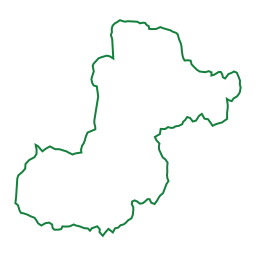 Carmo do Rio Verde, Goiás, Brazil (Robinson projection)
{"feature_id": "56859067B98577330438289", "entity_name": "Carmo do Rio Verde", "entity_type": "district", "adm_level": 2, "iso_a3": "BRA", "parent_name": "Brazil", "parent_adm1": "Goiás", "projection": "robinson", "projection_center": [-49.728, -15.419], "detail": "fine", "context": "isolated", "style": "outline", "palette": "green", "viewbox_px": 256, "rotation_deg": 0, "n_neighbors": 0, "source": "geoboundaries", "source_scale": "gbopen_adm2", "svg_char_len": 2669}
<svg xmlns="http://www.w3.org/2000/svg" viewBox="0 0 256 256"><path d="M236.8,72.7L234.0,71.5L231.5,72.9L228.4,74.1L226.5,76.7L225.1,78.5L222.9,77.3L222.2,74.2L220.8,72.0L218.6,72.0L216.4,73.4L214.0,74.8L211.4,75.5L211.5,72.4L208.8,71.2L205.1,72.2L199.6,71.5L196.7,69.6L194.7,67.6L191.5,64.2L190.7,60.7L187.8,60.2L184.6,60.5L183.3,58.2L182.6,55.7L182.0,52.2L181.7,48.9L181.4,45.8L180.6,42.8L179.1,39.4L177.7,34.3L176.0,32.8L172.9,31.8L170.4,30.3L166.5,29.2L163.1,28.2L160.3,27.1L156.3,28.9L152.8,29.1L149.2,28.9L148.7,26.1L146.6,25.0L145.1,22.9L143.0,22.7L140.0,23.3L137.5,21.8L133.8,21.5L131.1,21.4L127.9,21.2L124.9,21.7L122.7,21.1L119.9,20.2L116.8,22.3L114.9,23.3L112.6,25.7L111.7,29.1L111.9,32.2L110.9,34.9L112.2,39.2L113.3,58.5L109.5,56.2L106.7,55.7L101.7,57.1L98.6,58.3L93.6,63.7L92.7,65.9L93.8,71.6L92.9,73.9L91.4,79.1L92.2,82.9L93.7,85.5L96.8,86.4L98.2,96.5L94.3,120.6L94.4,123.6L95.2,126.4L95.3,129.3L87.5,132.6L85.8,136.7L84.9,140.1L83.7,143.4L82.1,145.6L81.0,149.9L81.4,152.5L75.0,153.5L72.7,154.5L69.0,152.8L66.5,151.4L64.2,150.7L59.3,149.2L55.1,149.2L50.0,146.4L46.1,148.5L42.4,151.3L37.9,146.1L35.7,144.9L36.6,149.8L36.5,153.9L34.5,157.2L29.2,160.0L25.5,164.0L25.2,168.6L22.5,171.8L18.3,175.4L17.3,178.5L16.1,197.1L15.4,203.2L18.0,205.2L19.6,210.6L21.0,212.9L23.8,213.4L27.3,214.6L30.9,216.4L34.6,217.8L36.7,220.9L38.2,223.4L41.3,225.5L45.4,223.2L49.1,222.6L52.1,224.5L52.6,227.9L54.3,229.7L58.1,229.7L61.2,229.1L62.5,226.4L66.1,226.6L69.8,226.3L73.7,224.5L76.0,225.5L79.7,226.4L84.1,228.1L87.9,228.5L90.0,230.7L91.9,228.2L94.3,227.4L97.2,226.3L99.8,229.3L99.5,232.1L102.8,235.8L105.2,232.5L108.5,228.9L112.8,232.4L115.1,228.3L118.2,227.6L120.6,225.2L123.7,224.4L126.0,222.6L128.1,220.3L131.3,218.5L132.8,214.9L133.3,210.0L133.3,207.4L131.8,204.1L132.2,201.5L134.7,200.4L136.8,201.3L140.0,203.7L143.0,203.1L145.5,201.1L147.4,199.2L149.6,199.2L151.2,202.7L154.6,204.0L157.0,200.7L158.7,197.7L160.2,195.5L163.0,193.2L164.9,188.3L166.4,184.2L168.5,181.0L167.4,178.2L167.0,175.2L167.3,172.4L167.2,166.6L167.6,162.7L165.4,159.4L162.8,157.5L160.9,153.5L159.1,149.6L158.9,146.4L159.4,143.5L156.5,140.4L154.9,137.0L157.0,135.7L159.9,134.1L160.7,128.9L165.2,129.0L168.0,127.1L171.0,127.9L173.4,127.7L175.4,126.4L178.9,125.8L182.2,124.2L183.1,121.8L185.1,120.1L187.2,117.0L190.2,118.1L192.8,121.5L196.0,120.6L197.6,118.1L199.1,115.8L201.8,113.9L204.5,118.7L208.0,119.2L211.1,123.5L212.6,125.8L216.1,124.1L222.1,122.4L224.3,120.8L227.1,118.9L227.1,113.0L227.6,108.7L227.8,105.6L226.9,98.9L229.1,100.3L231.7,101.1L233.6,98.4L236.9,96.5L238.7,94.2L239.9,92.0L240.6,87.5L239.8,84.0L240.0,80.7L238.5,76.6L236.8,72.7Z" fill="none" stroke="#15803d" stroke-width="2"/></svg>